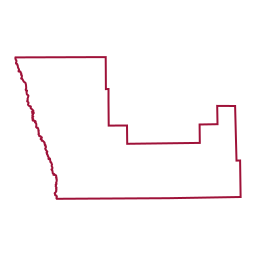 outline of Polk, Minnesota, United States of America
{"feature_id": "52423323B42155101641625", "entity_name": "Polk", "entity_type": "district", "adm_level": 2, "iso_a3": "USA", "parent_name": "United States of America", "parent_adm1": "Minnesota", "projection": "orthographic", "projection_center": [-96.923, 47.836], "detail": "fine", "context": "isolated", "style": "outline", "palette": "rose", "viewbox_px": 256, "rotation_deg": 0, "n_neighbors": 0, "source": "geoboundaries", "source_scale": "gbopen_adm2", "svg_char_len": 3510}
<svg xmlns="http://www.w3.org/2000/svg" viewBox="0 0 256 256"><path d="M240.6,197.0L240.1,160.5L236.5,160.6L235.1,106.0L217.2,105.9L217.5,124.2L199.6,124.5L199.8,142.9L127.2,143.8L127.0,125.5L108.7,125.6L108.5,101.2L108.5,89.0L105.9,89.1L105.8,70.8L105.7,57.1L15.5,57.4L15.4,57.7L15.4,58.4L15.7,59.6L16.0,60.1L16.3,60.3L16.4,60.6L16.4,61.1L16.4,61.6L16.3,62.1L16.0,62.7L16.0,63.3L16.1,63.6L17.1,64.0L17.4,64.5L17.3,64.9L17.4,65.2L17.8,65.8L17.9,67.0L18.1,67.7L18.9,69.2L19.0,69.6L19.0,70.0L18.9,70.2L18.6,70.8L18.6,71.1L18.6,71.4L19.1,71.6L20.0,71.5L20.3,71.5L20.5,71.8L20.7,72.8L21.2,73.2L21.3,73.6L21.3,73.9L21.1,74.3L21.1,74.6L21.1,74.8L21.6,75.0L21.9,75.7L21.9,76.5L21.7,77.5L21.3,78.1L21.2,78.4L21.2,78.5L21.4,78.7L22.2,78.8L23.7,81.5L24.2,82.0L25.3,82.7L25.5,83.0L25.7,83.7L26.0,85.0L26.2,87.9L26.2,88.2L25.8,89.3L25.7,89.7L25.9,90.2L26.1,90.4L26.7,90.5L27.0,90.6L27.0,91.0L26.7,91.4L26.5,91.7L26.8,94.1L27.1,94.6L28.1,95.2L28.3,95.5L28.4,95.8L28.3,96.3L27.9,97.8L27.5,98.9L27.5,99.2L27.8,99.9L27.7,100.3L27.2,100.9L27.2,101.2L27.2,101.4L27.6,101.7L28.3,102.2L28.5,102.7L28.5,103.2L28.1,104.1L28.0,104.4L28.2,105.0L28.7,105.6L29.5,106.1L30.3,106.2L30.8,106.5L30.8,107.1L30.6,107.8L30.8,108.4L31.7,109.0L33.3,110.6L33.3,110.9L32.5,111.4L32.8,111.6L33.4,112.0L33.7,112.6L33.7,113.2L33.4,113.5L33.0,113.4L32.5,113.0L32.3,113.0L32.4,113.6L33.0,114.3L33.0,114.6L32.5,115.1L32.3,115.8L33.2,116.6L33.1,116.9L32.3,117.5L32.3,118.0L32.5,118.5L33.1,118.9L33.3,119.3L33.2,119.6L32.6,120.0L32.8,120.5L33.4,120.7L35.1,121.0L35.5,121.3L35.6,121.6L35.4,121.9L35.0,122.0L35.0,122.3L35.6,122.9L35.8,122.9L36.1,123.4L36.3,124.3L36.3,126.1L36.3,126.4L36.1,126.7L36.1,127.0L36.8,127.8L37.7,127.8L38.4,129.3L38.3,130.1L38.4,130.3L38.7,130.6L38.7,131.1L38.5,131.4L38.6,132.4L38.9,133.3L38.8,133.6L38.5,134.0L38.5,134.3L38.6,134.5L39.2,135.4L39.2,135.8L39.3,136.1L39.5,136.2L39.8,136.1L40.6,136.3L41.0,136.9L41.8,137.4L41.8,137.6L41.8,137.8L41.2,138.1L41.0,138.4L40.7,138.9L40.7,139.2L40.8,139.3L41.2,139.2L41.9,140.0L41.9,140.7L42.9,140.9L44.4,142.4L44.7,143.2L44.5,143.6L44.6,144.1L44.9,144.5L45.3,144.8L45.3,145.1L45.1,145.3L45.0,145.6L45.8,146.1L45.9,146.6L45.9,147.3L45.8,147.7L45.3,148.3L45.2,148.6L45.3,148.9L45.6,149.5L46.4,150.6L47.2,151.5L47.3,151.7L47.2,152.0L46.6,152.5L46.6,152.9L47.0,153.2L47.1,153.7L47.0,154.1L47.1,154.5L47.7,155.0L47.8,155.2L47.9,155.7L47.8,156.0L48.0,156.4L48.3,156.6L48.5,157.3L48.8,157.7L48.9,158.0L48.5,158.5L48.5,158.9L48.7,159.1L48.9,159.1L49.2,159.0L49.5,158.5L49.9,158.6L50.0,158.9L50.4,162.0L50.6,162.2L51.1,162.3L51.2,162.5L51.4,162.9L51.4,163.3L51.7,163.8L52.0,164.4L51.9,164.8L51.7,165.3L51.8,166.6L52.3,167.2L52.4,167.4L52.3,168.9L52.1,169.1L51.6,169.3L51.5,169.6L52.4,170.7L52.8,173.4L53.3,173.7L54.0,173.9L54.1,174.0L53.6,174.6L53.6,174.8L55.5,175.1L56.0,175.4L56.2,175.8L56.3,176.4L56.0,177.2L56.2,177.5L56.5,177.7L56.6,178.1L56.6,178.3L56.4,178.5L56.3,178.8L56.7,179.5L56.8,179.9L56.5,182.0L56.1,182.8L56.2,183.3L56.4,183.6L56.5,183.9L56.1,184.4L55.8,184.5L55.7,184.7L55.8,185.1L56.0,185.2L56.0,185.4L55.9,185.7L55.7,186.1L55.7,186.4L55.9,186.8L56.3,187.2L56.5,187.6L56.4,188.1L56.1,188.4L56.1,188.6L56.1,188.8L56.4,189.1L56.4,189.3L56.4,189.7L56.1,190.2L56.1,190.6L56.3,190.8L56.3,191.1L55.5,192.5L55.3,192.6L54.9,192.9L54.7,193.2L54.7,193.4L55.1,194.4L55.1,195.0L55.4,195.3L55.8,195.5L56.4,195.6L56.5,195.8L56.6,196.3L56.8,196.5L56.8,196.8L56.8,197.0L56.6,197.2L56.5,197.8L56.5,198.4L56.8,198.8L167.9,198.2L240.6,197.0Z" fill="none" stroke="#9f1239" stroke-width="2"/></svg>